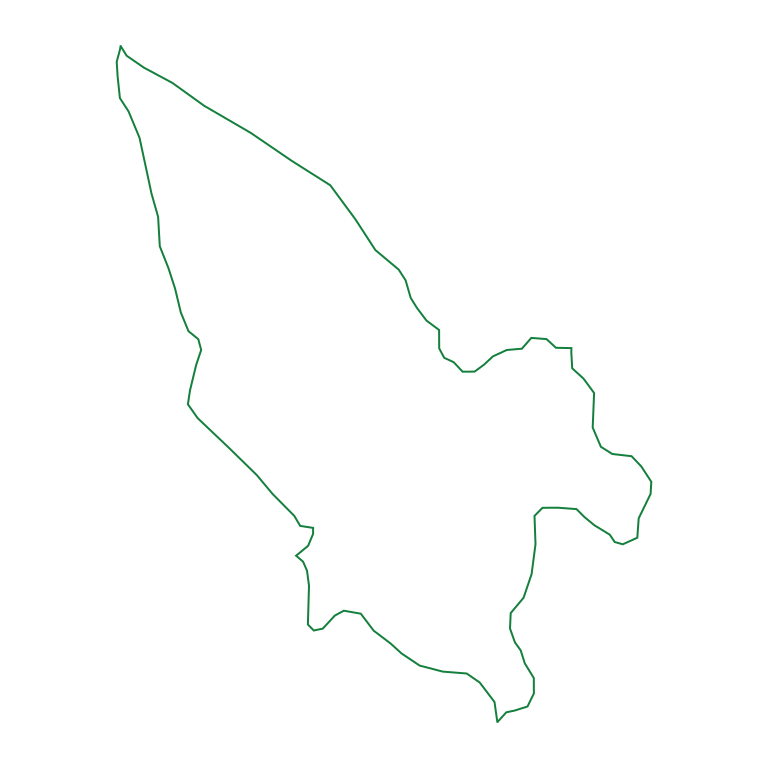 the district of Hudiksvall, Gävleborg, Sweden
{"feature_id": "70781695B16992576360669", "entity_name": "Hudiksvall", "entity_type": "district", "adm_level": 2, "iso_a3": "SWE", "parent_name": "Sweden", "parent_adm1": "Gävleborg", "projection": "albers", "projection_center": [16.842, 61.831], "detail": "fine", "context": "isolated", "style": "outline", "palette": "green", "viewbox_px": 768, "rotation_deg": 0, "n_neighbors": 0, "source": "geoboundaries", "source_scale": "gbopen_adm2", "svg_char_len": 1509}
<svg xmlns="http://www.w3.org/2000/svg" viewBox="0 0 768 768"><path d="M120.6,46.1L120.0,49.5L116.7,61.8L117.6,76.2L119.9,98.1L128.5,111.3L139.5,137.7L146.8,171.6L151.4,193.2L158.1,216.8L159.8,246.3L168.4,268.0L175.1,288.7L180.8,312.4L188.5,331.2L198.3,339.2L201.2,350.0L196.2,364.8L190.0,390.4L187.9,404.3L197.7,418.2L229.2,448.1L256.8,475.1L272.6,494.0L294.3,515.9L297.6,521.5L300.2,525.9L313.1,527.9L313.1,533.9L308.1,545.8L296.1,555.7L303.1,561.7L307.0,570.7L309.0,585.7L307.9,624.5L313.8,630.5L322.8,628.6L334.8,615.6L340.3,612.6L343.8,610.7L360.8,613.7L373.7,630.7L390.7,643.6L401.7,653.6L419.7,665.6L442.7,671.6L466.7,673.5L479.7,682.5L494.5,702.0L497.3,721.8L497.6,721.9L506.3,712.3L514.5,710.6L527.5,706.5L533.9,693.4L533.8,678.0L524.8,663.4L520.7,650.4L514.9,642.3L510.0,628.5L510.7,613.1L523.6,597.7L531.6,574.1L535.5,544.2L534.5,515.9L542.5,507.8L557.9,507.7L576.5,509.1L584.6,517.2L594.3,525.2L609.8,534.7L614.7,542.0L622.8,544.3L637.3,537.7L638.7,518.3L650.6,493.9L651.3,481.8L641.4,466.6L631.6,456.2L612.3,454.0L600.9,446.8L592.7,427.6L594.1,393.0L583.5,378.6L572.2,368.3L571.3,352.2L571.4,348.1L556.0,347.8L546.5,339.1L531.3,337.9L521.9,348.7L506.7,350.0L492.9,356.4L484.1,364.6L474.6,371.6L462.6,371.7L453.7,362.2L444.2,357.8L439.2,348.4L439.1,330.0L426.5,320.6L417.0,308.0L410.7,297.9L405.6,280.3L398.7,269.6L375.4,250.1L355.4,219.3L330.3,185.3L291.5,160.7L250.9,133.0L204.2,105.8L172.5,83.0L144.0,67.7L126.6,55.7L120.7,46.1L120.6,46.1Z" fill="none" stroke="#15803d" stroke-width="2"/></svg>